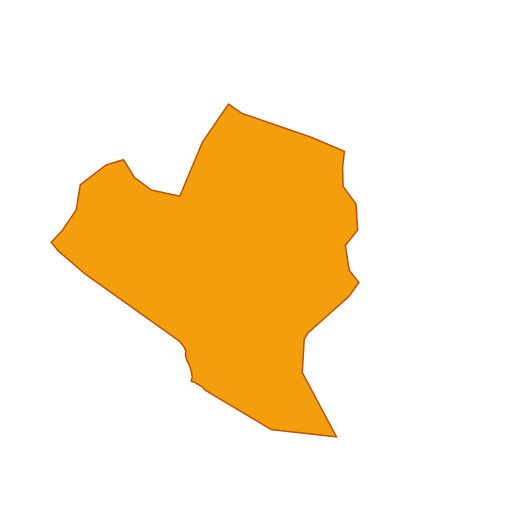 Ilejemeje, Ekiti, Nigeria, rotated 131°
{"feature_id": "59680162B76636581595069", "entity_name": "Ilejemeje", "entity_type": "district", "adm_level": 2, "iso_a3": "NGA", "parent_name": "Nigeria", "parent_adm1": "Ekiti", "projection": "natural_earth1", "projection_center": [5.249, 7.94], "detail": "fine", "context": "isolated", "style": "filled", "palette": "amber", "viewbox_px": 512, "rotation_deg": 131, "n_neighbors": 0, "source": "geoboundaries", "source_scale": "gbopen_adm2", "svg_char_len": 1177}
<svg xmlns="http://www.w3.org/2000/svg" viewBox="0 0 512 512"><g transform="rotate(131 256 256)"><path d="M339.7,76.6L313.6,144.6L286.9,165.2L279.8,166.3L225.7,159.4L208.5,160.9L205.7,176.2L189.4,195.5L169.8,196.3L151.3,214.5L146.3,236.0L132.3,248.8L119.0,257.9L130.1,292.0L157.6,360.1L159.4,376.4L205.3,371.1L260.9,352.7L274.9,378.4L276.5,399.2L270.2,419.2L285.5,428.8L317.5,435.4L339.2,421.9L364.8,418.9L380.0,419.6L381.9,408.6L381.7,373.3L370.4,257.0L370.7,256.5L371.0,255.8L371.0,255.1L371.1,254.4L371.1,253.5L371.3,253.1L371.4,252.7L371.7,251.5L372.1,249.9L372.6,249.1L372.9,248.3L373.1,247.5L373.5,247.0L374.0,246.3L374.3,246.0L374.7,245.7L375.0,245.8L375.7,245.0L376.2,245.0L376.8,244.3L377.2,243.9L377.6,243.4L378.4,242.4L379.1,241.1L380.0,240.0L380.6,238.9L380.7,237.9L380.9,237.0L381.4,236.4L383.0,233.3L384.7,230.4L386.9,227.5L389.3,224.6L393.0,222.9L392.7,222.2L392.2,220.9L392.2,220.4L392.0,220.0L391.7,219.7L391.4,219.2L391.3,218.4L391.4,217.2L391.2,216.9L390.9,215.5L390.7,214.4L390.4,212.8L390.2,211.7L390.2,211.3L389.9,210.3L389.9,210.1L389.9,209.9L390.5,207.6L390.6,206.0L376.9,130.3L339.7,76.6Z" fill="#f59e0b" stroke="#b45309" stroke-width="1.5"/></g></svg>